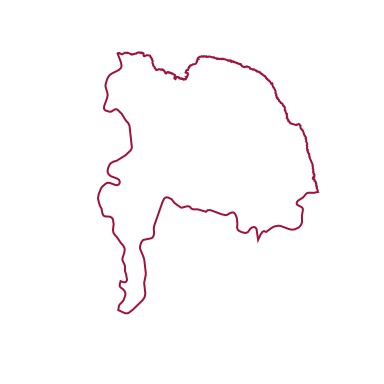 Sosua, Puerto Plata, Dominican Republic, rotated 20°
{"feature_id": "3306468B55760825381670", "entity_name": "Sosua", "entity_type": "district", "adm_level": 2, "iso_a3": "DOM", "parent_name": "Dominican Republic", "parent_adm1": "Puerto Plata", "projection": "orthographic", "projection_center": [-70.473, 19.663], "detail": "fine", "context": "isolated", "style": "outline", "palette": "rose", "viewbox_px": 384, "rotation_deg": 20, "n_neighbors": 0, "source": "geoboundaries", "source_scale": "gbopen_adm2", "svg_char_len": 5848}
<svg xmlns="http://www.w3.org/2000/svg" viewBox="0 0 384 384"><g transform="rotate(20 192 192)"><path d="M310.3,148.9L309.7,148.5L309.7,147.6L307.9,145.7L307.9,145.1L307.4,144.8L307.4,144.2L306.8,143.9L306.8,143.3L306.2,143.0L306.2,142.0L305.3,141.4L305.3,140.8L304.7,140.1L303.5,139.8L303.5,139.2L303.0,138.6L302.1,138.6L302.1,138.3L300.9,138.0L300.9,136.7L301.5,136.7L301.5,136.1L301.8,136.1L301.5,134.9L301.2,134.9L301.2,133.9L300.6,133.3L300.0,133.3L300.0,132.7L299.1,132.1L299.1,131.1L298.6,130.8L298.3,129.3L297.4,128.6L297.1,127.1L296.2,126.2L296.2,125.2L290.6,119.3L290.6,118.7L289.8,118.1L289.5,116.8L288.9,116.5L288.9,115.9L287.4,115.3L287.1,114.3L286.5,114.0L286.5,113.1L286.0,113.1L286.0,112.5L285.1,111.8L284.8,110.0L283.9,109.0L283.9,107.5L281.9,105.3L281.6,104.1L280.4,102.8L280.7,102.2L279.2,100.7L278.6,100.7L275.1,96.3L274.5,96.3L273.6,95.4L272.8,95.4L271.9,94.4L271.3,92.6L270.7,92.6L269.8,91.6L269.0,91.6L267.8,92.9L267.2,92.9L266.9,93.5L261.1,93.8L261.1,93.5L259.9,93.2L259.6,92.6L258.1,92.3L258.1,91.6L257.5,91.0L257.0,91.0L256.4,90.1L255.8,90.1L255.8,88.8L255.2,88.5L254.9,87.0L254.3,86.7L254.3,86.0L253.7,86.0L252.0,84.2L252.0,83.6L251.1,83.2L250.5,81.1L249.6,80.1L248.8,80.1L248.5,79.5L247.9,79.5L246.7,78.0L244.9,78.0L244.1,77.0L242.6,76.7L242.0,75.5L241.1,75.5L240.6,74.8L240.0,74.8L240.0,74.2L239.4,74.2L238.8,73.6L238.8,73.0L237.9,72.4L237.9,71.4L236.5,70.5L236.2,68.9L233.5,66.1L232.9,66.1L230.6,63.6L230.6,63.0L229.7,63.0L229.7,62.7L229.1,63.0L227.7,61.5L226.8,61.5L226.2,60.8L225.0,60.8L224.5,60.2L223.6,60.2L223.3,59.6L222.7,59.6L222.4,59.0L220.6,58.4L220.6,58.0L218.0,57.7L217.7,57.1L216.0,57.1L216.0,56.8L214.5,56.5L214.5,56.2L212.2,56.5L212.2,56.2L211.0,56.2L211.0,55.9L208.3,55.9L208.3,55.6L206.9,55.9L206.9,56.2L204.2,56.2L203.7,55.2L200.7,55.2L200.7,55.6L199.6,55.9L198.7,56.8L198.1,56.8L198.1,56.5L196.1,56.8L195.2,55.9L194.6,55.9L194.3,55.2L193.1,55.2L193.1,55.6L190.2,55.6L190.2,55.2L187.3,55.6L187.3,55.2L185.5,55.2L184.9,56.2L184.1,56.2L183.8,55.2L182.9,55.2L182.9,55.6L182.3,55.6L181.7,56.2L180.8,56.2L180.8,55.9L175.6,56.2L175.6,56.5L174.7,56.5L174.4,57.1L172.9,57.1L172.3,57.7L170.9,57.7L170.9,58.0L169.7,58.0L169.7,58.4L166.5,58.0L166.5,58.4L161.8,58.7L160.9,59.6L159.5,59.6L159.5,59.9L158.6,59.9L158.6,60.2L157.1,60.2L157.1,60.5L155.9,60.8L155.9,61.2L154.5,61.2L154.2,61.8L152.7,62.4L152.7,63.0L151.6,64.3L151.8,65.5L152.1,65.5L151.8,65.8L151.8,67.7L152.1,67.7L151.8,69.9L150.7,71.1L149.2,71.7L148.0,73.3L147.5,73.3L146.9,73.9L146.9,75.2L146.6,75.2L146.6,76.1L146.3,76.1L146.6,78.6L145.1,79.5L145.1,81.7L145.7,81.7L145.7,82.0L147.2,81.7L148.0,82.6L148.0,85.4L147.7,85.4L147.7,86.4L147.4,86.4L147.7,86.7L147.7,87.9L147.2,88.5L146.3,88.5L146.3,88.8L145.1,88.8L145.1,89.2L143.9,88.8L143.9,89.2L142.5,89.2L142.5,89.5L141.0,89.5L140.7,88.8L138.4,88.8L137.8,89.5L137.8,90.4L138.1,90.4L137.8,91.6L136.6,91.3L136.0,87.9L132.8,87.6L132.8,87.3L131.1,87.3L131.1,87.6L129.6,87.3L129.6,87.6L128.7,87.6L128.7,87.9L127.8,87.9L127.2,89.5L126.4,89.5L125.8,88.5L125.2,88.5L124.0,87.3L122.6,87.0L122.6,87.3L121.4,87.3L121.4,87.6L118.8,87.9L117.3,89.5L116.4,89.5L115.5,88.5L114.7,88.5L114.1,87.3L112.6,86.7L112.0,86.0L112.0,85.4L110.6,84.2L110.3,82.3L109.1,81.4L109.1,80.7L108.2,80.4L107.6,79.5L107.0,79.5L105.9,78.2L102.7,78.9L100.9,80.7L100.3,80.7L99.7,80.1L99.4,78.9L98.6,78.6L98.6,78.2L97.1,78.2L97.1,78.6L96.2,78.6L96.2,78.9L94.7,78.9L94.7,79.2L93.3,79.5L92.4,80.4L92.4,81.0L91.2,81.4L90.4,82.3L89.8,82.3L88.6,83.5L87.7,83.5L87.7,83.2L83.6,83.2L83.3,83.8L81.6,83.8L79.2,86.6L76.6,86.3L76.6,86.6L75.1,86.6L74.7,87.3L80.1,93.5L82.1,96.4L82.8,98.3L82.8,99.8L81.5,102.4L76.3,107.9L74.6,110.3L73.8,113.3L73.7,115.6L74.0,120.3L74.6,122.4L78.7,128.0L79.7,130.1L80.1,133.3L80.1,141.3L80.6,143.4L81.6,144.5L82.9,145.0L87.0,144.8L88.7,144.0L91.2,140.8L92.8,140.0L94.5,140.4L99.4,142.7L104.9,147.1L108.7,149.2L110.6,151.1L120.2,170.6L120.4,172.0L120.0,174.1L116.9,180.3L110.5,188.4L108.0,190.2L105.8,192.7L105.1,195.1L105.0,198.4L105.4,200.8L106.0,202.3L107.5,203.8L110.3,204.9L117.3,205.0L119.3,205.5L120.7,207.1L120.9,209.0L120.4,210.2L119.3,211.2L117.3,211.6L111.3,211.6L109.2,212.4L108.0,213.8L105.7,217.9L105.2,220.3L105.1,226.1L105.8,230.1L108.5,234.3L110.1,236.3L112.7,238.6L115.1,242.7L116.8,244.4L118.5,244.7L123.1,243.3L125.1,243.5L126.3,244.1L127.2,245.0L129.4,249.1L130.7,254.7L132.1,257.1L133.7,258.4L137.5,260.5L142.5,264.2L145.7,265.9L147.7,267.7L148.4,268.9L149.1,272.0L149.3,277.6L149.8,279.7L154.2,284.2L156.1,289.3L158.3,292.0L161.0,296.8L160.8,298.8L159.9,299.8L158.1,300.2L155.4,300.2L155.7,303.7L156.5,305.4L157.5,306.1L160.6,307.0L162.9,308.4L164.1,310.0L164.6,311.6L164.7,316.5L164.1,318.9L162.5,322.6L162.3,324.0L163.1,328.2L170.1,328.8L172.2,328.4L173.8,327.3L176.6,322.9L182.7,310.3L183.4,307.4L183.0,303.7L178.1,293.7L177.0,286.4L176.4,284.2L170.4,272.1L168.5,269.5L163.0,263.5L162.2,262.1L161.6,259.7L161.6,256.4L162.6,253.7L169.6,249.4L170.4,248.4L170.8,247.1L170.7,244.3L168.5,239.2L168.0,236.0L167.7,211.4L168.1,207.7L168.9,206.4L170.2,205.6L171.6,205.4L175.3,205.7L179.3,208.3L186.7,210.4L188.0,210.1L191.9,207.3L193.7,206.6L194.9,206.6L196.9,207.7L198.6,208.0L203.4,206.3L211.8,205.8L212.9,203.8L215.6,202.7L227.6,202.8L231.6,202.2L232.8,201.5L234.7,199.1L236.3,197.7L237.6,197.2L238.8,197.2L240.3,198.1L242.9,200.9L245.5,206.3L246.5,210.0L247.9,211.8L249.4,212.4L251.8,212.7L254.2,212.6L256.6,212.1L258.2,210.6L259.4,206.4L260.2,205.2L261.9,203.8L263.3,203.6L264.5,204.1L265.4,204.9L270.5,214.4L271.0,208.3L271.8,205.4L273.1,204.1L275.3,204.2L279.2,198.3L281.5,196.0L285.0,194.0L287.3,193.6L295.4,193.7L298.6,193.3L301.4,191.9L304.6,188.6L305.7,185.7L305.7,182.7L303.4,176.7L302.3,170.7L301.6,169.5L300.4,168.8L295.1,168.0L294.3,167.0L294.0,165.7L294.6,163.9L298.2,159.2L299.9,154.7L300.6,153.6L302.3,152.6L306.8,151.1L310.3,148.9Z" fill="none" stroke="#9f1239" stroke-width="2"/></g></svg>